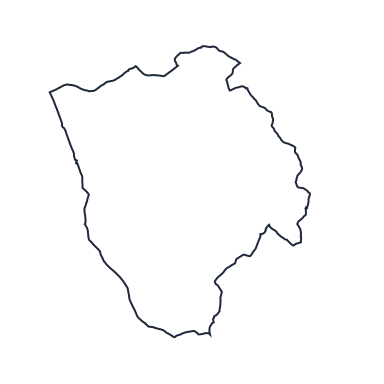 the district of Blajel, Sibiu, Romania, rotated 342°
{"feature_id": "2599482B21562101156069", "entity_name": "Blajel", "entity_type": "district", "adm_level": 2, "iso_a3": "ROU", "parent_name": "Romania", "parent_adm1": "Sibiu", "projection": "equal_earth", "projection_center": [24.338, 46.219], "detail": "fine", "context": "isolated", "style": "outline", "palette": "slate", "viewbox_px": 384, "rotation_deg": 342, "n_neighbors": 0, "source": "geoboundaries", "source_scale": "gbopen_adm2", "svg_char_len": 5900}
<svg xmlns="http://www.w3.org/2000/svg" viewBox="0 0 384 384"><g transform="rotate(342 192 192)"><path d="M271.6,274.2L273.2,273.9L275.0,273.4L279.9,273.5L281.5,269.8L282.0,267.8L281.8,267.7L282.0,267.4L282.4,266.0L283.0,264.8L283.1,264.3L283.3,262.0L283.4,261.7L283.5,261.1L283.4,260.3L282.7,256.8L282.2,255.0L283.5,253.6L284.7,252.6L286.2,252.2L287.3,251.5L288.6,251.2L290.9,249.7L292.4,249.2L293.2,248.8L294.0,246.9L294.5,245.0L294.8,244.1L295.2,243.3L294.9,243.1L294.8,242.9L295.7,241.9L296.5,242.6L297.0,241.7L298.5,239.7L299.8,237.2L300.5,235.2L301.2,233.8L302.8,231.8L303.4,230.7L303.7,229.7L302.3,227.7L302.1,226.7L301.7,226.1L299.7,223.5L298.8,222.7L298.2,222.3L294.9,220.8L294.1,220.0L293.7,218.9L293.7,215.9L293.6,214.6L294.8,213.3L295.5,211.5L296.0,211.1L297.3,209.1L298.4,208.3L300.7,207.2L301.6,206.5L303.6,204.6L304.0,203.6L304.1,202.9L304.1,202.5L303.9,200.0L303.9,199.5L304.2,198.1L304.7,196.8L304.4,196.0L304.3,194.7L303.9,192.9L303.8,189.4L302.5,186.6L302.3,185.8L302.6,184.7L303.0,183.5L304.0,181.7L303.3,180.5L301.9,178.9L299.2,176.5L298.5,175.7L296.8,174.8L295.1,173.6L293.9,172.0L293.5,171.4L293.1,170.4L292.6,167.9L291.6,165.7L291.5,165.2L291.3,163.4L289.5,159.5L289.5,158.0L289.3,156.8L289.0,155.8L288.3,154.5L288.2,153.9L288.3,153.3L289.7,151.7L291.6,148.1L291.7,147.3L291.5,145.5L291.6,144.3L291.9,143.5L292.2,141.9L292.2,141.1L292.0,140.5L290.5,139.5L289.1,138.1L288.3,137.1L288.0,136.1L287.6,135.2L286.6,134.0L284.0,132.0L282.7,130.8L281.7,127.7L281.0,124.3L280.0,122.7L279.4,121.0L278.2,118.7L277.8,117.5L277.5,116.4L276.6,112.1L276.6,111.5L276.8,110.5L276.7,110.4L276.2,110.1L275.2,110.1L275.0,109.7L275.1,109.2L273.7,107.8L272.9,107.2L271.5,106.8L269.0,106.8L266.3,106.5L265.7,106.5L261.0,107.1L259.3,107.1L259.2,106.7L258.9,103.9L259.2,102.0L259.2,100.7L259.2,99.7L259.4,99.0L259.4,97.0L259.2,96.1L259.4,95.8L260.2,95.1L261.3,94.4L262.6,93.8L264.9,93.0L265.8,92.6L266.8,91.9L267.3,91.4L267.9,90.4L268.7,88.3L269.5,87.5L273.0,85.8L276.5,84.5L277.5,84.2L276.2,82.4L274.7,80.0L272.4,78.0L268.6,74.0L266.5,70.5L265.6,69.1L264.6,67.9L262.7,66.9L261.5,66.0L259.9,62.3L258.5,60.9L258.0,60.7L257.6,60.6L257.2,60.3L256.7,60.1L255.3,59.9L254.9,60.0L254.5,59.9L252.2,58.9L249.4,57.4L247.5,56.7L246.1,56.8L245.7,57.0L245.6,57.4L245.2,57.5L242.7,57.1L241.5,57.5L238.9,58.0L237.6,58.3L236.7,58.4L234.4,58.3L232.7,58.7L231.9,58.6L229.8,57.7L228.7,57.5L227.7,57.0L226.5,56.9L224.1,56.1L219.8,58.0L217.5,59.4L217.0,59.8L216.7,60.3L216.4,61.1L216.3,62.2L216.4,62.8L216.8,63.6L216.7,65.8L217.0,66.8L217.6,67.5L211.9,69.7L201.3,73.2L199.4,72.5L198.5,71.9L196.1,70.8L191.8,69.0L189.9,68.5L186.2,67.6L183.7,66.1L182.5,64.8L181.9,64.0L181.1,62.3L179.3,59.1L178.3,56.3L177.3,54.9L176.2,55.4L174.6,55.8L172.8,55.9L170.7,55.8L170.0,55.9L169.1,56.4L168.8,57.1L167.8,57.1L166.8,57.2L163.7,58.4L161.5,59.5L159.3,60.0L157.4,60.7L156.3,60.8L153.2,61.6L152.1,61.7L150.1,61.6L145.4,61.0L144.4,61.1L141.1,62.4L138.2,62.9L137.2,63.2L135.8,63.9L134.5,64.1L133.5,64.7L130.5,65.4L129.6,65.4L128.9,65.3L127.7,64.8L126.3,64.7L125.4,64.5L123.6,63.1L122.3,62.5L120.9,61.6L118.3,59.5L116.1,57.2L115.6,56.5L114.8,55.8L112.6,54.2L111.1,53.4L110.4,52.9L108.6,52.3L106.9,51.3L105.0,51.0L103.4,50.9L94.4,52.5L87.5,53.2L88.6,62.3L88.9,69.5L89.1,70.9L89.5,82.4L89.6,86.2L89.5,87.4L88.9,88.0L88.8,88.5L88.8,89.4L89.1,90.3L89.7,91.1L90.0,91.8L90.5,93.7L90.6,95.4L90.6,98.9L91.0,111.0L91.3,114.5L91.6,117.1L91.5,119.3L90.9,121.4L90.7,125.1L92.3,126.5L91.9,127.1L90.8,128.0L90.7,128.6L90.8,129.2L91.1,129.3L91.8,129.4L91.9,133.1L92.0,139.6L92.4,142.2L92.4,143.0L92.0,145.0L90.9,148.0L89.9,152.1L89.1,154.4L90.0,155.7L91.7,158.8L92.6,160.9L93.1,162.7L91.2,165.2L89.4,168.1L87.4,170.8L86.9,171.6L86.3,172.4L84.7,174.2L84.7,174.7L84.2,175.5L83.8,177.3L83.6,177.6L83.1,181.4L81.8,186.9L80.7,189.0L80.1,189.4L80.4,189.8L80.6,192.0L80.9,193.0L81.0,194.1L81.1,195.8L79.5,203.2L79.4,204.3L79.3,205.5L80.2,207.6L80.9,208.7L82.8,213.2L84.7,216.7L86.1,219.9L85.9,222.0L85.8,223.3L86.6,227.9L86.6,229.3L86.8,230.5L87.5,232.1L88.0,233.8L88.9,235.7L90.8,239.3L93.6,243.8L95.6,247.6L97.2,250.9L99.0,255.5L100.6,261.5L101.0,263.2L101.0,264.4L100.5,267.6L100.2,270.7L99.8,272.2L99.5,274.1L99.5,275.2L99.5,276.2L100.4,283.4L100.9,286.2L101.6,293.5L101.8,294.1L102.4,295.5L105.0,300.0L106.0,301.4L106.4,301.6L107.1,302.3L107.2,302.6L107.0,302.9L107.1,303.1L108.2,304.9L109.1,306.6L113.1,308.4L115.5,310.3L119.6,312.8L121.9,314.5L124.6,318.4L125.5,319.1L126.3,320.0L126.8,320.5L128.8,323.0L130.2,324.6L131.2,324.7L132.1,324.1L132.7,323.9L137.6,323.9L138.7,323.6L141.6,323.5L143.5,323.6L147.5,324.2L150.5,324.6L151.2,325.0L151.9,325.7L153.2,327.4L153.7,328.4L153.8,329.0L154.5,329.6L157.5,330.2L161.0,330.4L162.2,330.7L164.0,331.4L164.5,331.9L165.1,333.1L165.2,331.8L165.5,329.9L166.6,326.9L167.4,325.7L170.4,323.2L171.1,322.9L172.4,322.6L172.3,322.3L172.7,319.6L173.0,319.2L174.4,317.9L174.5,317.2L175.1,316.8L176.7,316.7L178.1,316.2L179.2,315.3L180.5,314.5L181.4,313.8L181.9,312.1L182.4,311.3L183.1,310.2L183.2,309.7L184.0,308.4L184.5,306.8L186.1,302.8L186.1,301.9L186.5,301.0L189.3,296.7L189.5,296.3L189.3,295.3L187.9,289.5L187.7,288.9L187.5,288.6L186.2,287.0L185.9,284.4L186.4,283.8L187.7,282.7L190.6,280.9L192.1,280.4L196.6,278.4L199.6,276.2L200.8,275.5L202.0,275.1L204.0,274.8L206.8,273.9L210.3,273.3L211.0,272.9L213.3,269.7L213.6,269.5L214.6,269.2L218.3,268.3L220.4,267.7L222.0,267.6L222.5,267.8L224.1,269.1L226.4,270.6L227.3,270.9L228.0,270.7L228.5,270.5L231.4,268.0L234.6,265.9L235.1,265.5L238.6,261.0L243.8,254.8L243.8,253.9L243.9,253.2L246.3,253.5L247.2,253.4L248.1,253.1L248.8,252.7L250.4,251.2L250.5,250.9L250.4,250.5L251.0,249.6L251.9,248.9L253.8,247.6L254.7,247.2L255.2,247.0L255.3,248.9L255.5,249.6L256.3,251.0L258.1,253.4L259.1,254.3L260.0,255.9L260.5,257.9L263.2,262.4L265.0,264.4L265.4,265.2L266.1,266.0L267.7,267.0L268.2,268.4L269.6,271.1L270.0,272.0L271.6,274.2Z" fill="none" stroke="#1e293b" stroke-width="2"/></g></svg>